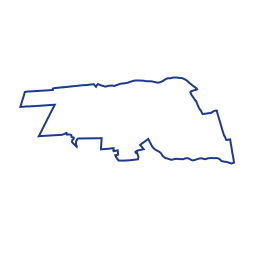 Ciumesti, Satu Mare, Romania, rotated 154°
{"feature_id": "2599482B43227453478465", "entity_name": "Ciumesti", "entity_type": "district", "adm_level": 2, "iso_a3": "ROU", "parent_name": "Romania", "parent_adm1": "Satu Mare", "projection": "equal_earth", "projection_center": [22.322, 47.684], "detail": "fine", "context": "isolated", "style": "outline", "palette": "blue", "viewbox_px": 256, "rotation_deg": 154, "n_neighbors": 0, "source": "geoboundaries", "source_scale": "gbopen_adm2", "svg_char_len": 5607}
<svg xmlns="http://www.w3.org/2000/svg" viewBox="0 0 256 256"><g transform="rotate(154 128 128)"><path d="M211.8,159.7L206.0,157.4L204.7,156.8L201.7,155.6L194.1,152.4L193.9,152.4L192.0,151.5L190.3,150.8L190.1,150.8L188.4,150.6L184.6,150.6L184.9,150.5L185.2,150.4L185.4,150.2L185.6,150.0L185.8,149.8L186.0,149.5L186.0,149.3L186.0,149.2L185.9,148.9L185.7,148.8L185.3,148.6L184.7,148.4L184.3,148.3L183.9,148.1L182.5,147.1L182.2,146.8L182.1,146.6L182.1,146.4L182.1,146.2L182.3,145.7L182.6,145.0L182.6,144.6L182.5,144.4L182.4,144.2L182.1,144.0L181.3,143.6L181.1,143.4L181.0,143.2L181.1,142.8L181.2,142.6L181.3,142.4L181.6,142.1L182.0,141.9L182.4,141.7L182.8,141.7L183.2,141.6L183.3,141.6L183.4,141.4L184.2,140.4L184.4,140.1L184.4,139.5L184.4,139.3L183.5,136.9L182.8,135.0L182.3,133.5L182.2,133.6L182.1,134.0L182.0,134.4L182.0,134.8L182.1,135.1L182.1,135.4L182.1,135.9L181.8,136.4L181.5,136.9L181.1,137.6L180.7,138.3L180.6,138.6L180.2,138.9L179.7,139.3L179.2,139.7L178.7,140.0L178.4,140.2L177.6,140.5L156.2,130.4L157.4,128.2L161.7,120.7L152.6,117.1L152.3,117.1L150.7,116.6L150.0,116.3L150.1,116.2L150.4,114.0L150.5,114.0L151.0,114.1L151.0,113.4L147.1,112.4L148.5,108.6L148.6,108.4L148.8,108.4L151.4,109.1L151.5,108.1L151.3,105.9L150.7,102.8L150.4,102.7L145.8,100.4L141.0,98.4L132.7,95.5L132.3,96.2L131.5,97.1L131.1,98.8L130.7,102.2L131.7,102.0L131.9,103.2L130.9,103.5L130.1,103.6L129.3,103.5L128.6,103.4L126.4,102.8L123.2,102.1L124.5,107.4L122.4,107.9L119.4,108.4L118.3,108.6L114.6,109.3L114.4,101.3L114.3,100.6L114.0,99.4L113.7,98.3L113.4,97.4L113.1,96.8L112.7,96.2L110.6,93.3L110.2,92.7L109.4,90.7L109.3,89.9L109.2,89.3L109.1,88.6L108.9,87.2L108.8,86.9L108.5,86.3L107.5,84.4L107.3,84.3L106.9,84.1L106.5,83.8L103.3,80.7L103.0,80.5L102.7,80.3L100.0,79.7L98.7,79.3L97.5,78.8L97.0,78.6L96.7,78.3L96.1,77.8L95.5,77.5L94.7,77.2L92.9,76.2L92.3,75.9L91.8,75.7L90.0,75.6L89.2,75.4L88.4,75.1L87.8,74.8L87.3,74.4L86.7,73.8L86.3,73.3L84.9,71.3L84.4,70.8L84.0,70.5L83.4,70.3L81.9,70.0L79.7,69.7L79.1,69.6L78.5,69.5L77.2,69.3L76.2,69.0L75.6,68.7L74.7,68.1L74.0,67.5L73.2,66.8L72.5,66.3L71.9,66.0L71.3,65.9L70.8,65.9L70.0,65.8L69.3,65.7L67.6,65.0L65.8,64.3L63.6,63.0L62.9,62.7L62.1,62.4L61.6,62.1L61.0,61.8L60.5,61.3L59.9,60.7L59.4,59.9L59.0,59.1L58.7,58.0L58.4,57.4L58.1,57.1L57.7,56.6L57.1,56.2L56.3,55.6L55.3,55.0L53.7,53.8L52.3,52.4L51.7,51.8L51.2,51.3L50.5,50.7L48.9,50.5L47.9,50.4L47.3,52.3L46.4,55.2L46.0,56.4L45.6,58.1L44.9,60.7L44.3,62.5L43.5,65.2L42.8,67.5L42.4,69.1L41.7,71.3L41.2,73.0L42.9,73.6L43.8,73.8L44.9,74.1L44.9,75.1L44.9,76.2L44.7,77.0L44.5,77.8L45.0,79.1L44.8,80.2L44.6,81.3L44.5,82.0L44.4,82.7L44.2,84.0L44.1,84.6L44.0,85.6L43.8,86.4L43.7,87.4L43.5,88.4L43.3,89.1L43.3,89.7L42.9,91.4L42.7,93.0L42.4,94.8L42.1,96.7L41.7,98.5L41.6,99.5L41.3,101.3L40.9,103.6L40.8,104.2L40.5,104.6L41.2,105.1L43.0,105.5L43.7,105.5L45.4,105.4L46.2,105.2L46.5,105.2L47.0,105.2L47.0,105.4L47.8,105.5L49.6,106.1L53.5,107.4L54.8,107.8L54.8,108.0L54.9,108.7L54.9,109.6L54.9,110.1L54.9,110.7L54.9,111.3L54.9,112.1L55.3,113.1L55.3,113.3L55.4,113.9L55.4,114.4L55.4,115.5L55.3,118.2L55.1,121.3L55.0,122.6L55.3,123.0L55.4,123.5L55.6,124.6L55.8,126.2L55.9,126.6L56.0,127.7L56.1,127.9L56.3,129.3L56.4,130.3L56.4,130.9L56.3,131.4L56.3,131.9L56.3,132.6L56.3,132.8L55.1,133.3L53.6,133.1L51.7,132.9L49.0,132.4L49.0,133.2L49.0,133.4L49.8,135.0L50.8,136.9L51.6,138.5L53.1,141.6L54.0,144.1L54.3,144.7L54.6,145.4L54.8,145.7L56.2,147.6L56.4,147.9L57.3,148.8L57.7,149.2L59.1,150.1L60.6,151.0L62.5,152.2L62.9,152.4L63.5,152.7L65.0,153.4L65.5,153.6L66.4,153.8L67.0,153.9L68.4,154.2L68.7,154.3L69.5,154.9L69.9,155.1L70.1,155.2L70.6,155.2L72.0,155.4L72.5,155.4L73.8,155.3L74.4,155.2L75.5,155.0L76.4,155.0L78.2,155.0L79.7,155.2L80.1,155.2L80.7,155.5L81.5,155.8L81.8,155.9L82.1,156.2L82.8,156.8L83.5,157.3L83.8,157.5L85.2,158.7L85.9,159.2L86.3,159.6L86.7,159.8L88.2,160.6L90.0,161.5L91.4,162.2L92.8,163.3L93.4,163.8L94.4,164.3L98.3,166.4L99.9,167.1L100.5,167.4L101.6,167.8L102.3,168.0L103.7,168.2L106.0,168.6L107.8,168.8L108.8,168.9L110.5,169.3L111.5,169.7L112.1,169.9L112.8,170.2L113.9,170.6L115.2,171.0L116.2,171.2L117.2,171.3L118.4,171.4L119.4,171.5L120.1,171.6L120.9,171.7L121.1,171.7L121.4,171.8L121.9,171.8L122.3,172.0L122.5,172.1L122.7,172.3L123.1,172.7L123.3,172.9L123.6,173.1L123.9,173.3L124.5,173.4L125.5,173.9L125.6,174.0L126.6,174.3L127.2,174.5L128.1,174.7L128.8,174.8L129.5,174.9L129.7,175.0L130.1,175.2L130.4,175.3L130.7,175.5L130.9,175.7L131.5,176.4L132.5,177.2L133.9,178.5L134.3,179.0L134.7,179.4L135.8,180.7L136.5,180.4L137.0,180.2L138.7,179.1L139.4,181.5L139.7,182.5L140.1,182.6L140.5,182.7L144.1,184.0L145.7,184.5L147.0,185.0L149.3,186.0L151.0,186.7L153.9,187.7L156.4,188.6L160.1,190.0L161.8,190.6L164.9,191.7L167.5,192.7L167.8,192.7L169.0,193.2L168.9,193.3L171.5,194.2L173.4,194.9L176.4,196.0L178.2,196.4L178.3,196.4L178.9,195.1L181.6,196.2L183.4,196.9L185.5,197.8L186.9,198.4L188.4,199.0L190.6,200.0L192.1,200.5L192.3,200.5L194.1,201.4L194.9,201.7L197.6,202.8L199.2,203.5L200.9,204.2L201.8,204.6L203.3,205.1L203.5,205.2L204.6,205.6L204.8,205.6L205.0,205.5L206.5,203.8L207.4,202.8L208.1,202.1L209.8,200.3L211.3,198.7L212.6,197.3L214.2,195.5L214.6,195.1L215.5,194.1L212.7,193.0L209.9,191.9L208.0,191.0L202.5,188.7L195.2,185.7L187.0,182.4L183.8,181.1L183.6,181.0L186.5,178.8L187.8,177.9L189.5,176.6L190.6,175.8L192.5,174.3L194.1,173.1L195.2,172.3L196.7,171.2L197.1,170.8L197.3,170.7L197.8,170.3L198.3,169.9L198.9,169.5L200.0,168.6L201.0,167.9L202.4,166.9L203.9,165.7L204.8,165.1L206.2,163.9L206.7,163.5L206.9,163.4L207.5,162.9L208.9,161.9L210.0,161.0L211.2,160.1L211.8,159.7Z" fill="none" stroke="#1e3a8a" stroke-width="2"/></g></svg>